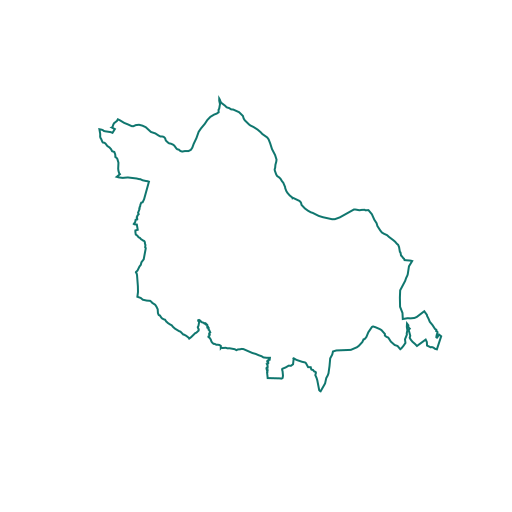 outline of Dragesti, Bihor, Romania, rotated 126°
{"feature_id": "2599482B88212015741869", "entity_name": "Dragesti", "entity_type": "district", "adm_level": 2, "iso_a3": "ROU", "parent_name": "Romania", "parent_adm1": "Bihor", "projection": "mercator", "projection_center": [22.124, 46.918], "detail": "fine", "context": "isolated", "style": "outline", "palette": "teal", "viewbox_px": 512, "rotation_deg": 126, "n_neighbors": 0, "source": "geoboundaries", "source_scale": "gbopen_adm2", "svg_char_len": 6111}
<svg xmlns="http://www.w3.org/2000/svg" viewBox="0 0 512 512"><g transform="rotate(126 256 256)"><path d="M226.6,448.1L228.5,447.9L232.0,448.9L233.5,448.7L235.4,448.1L236.3,447.9L236.8,448.2L236.3,444.8L240.7,444.5L241.2,446.4L243.8,451.4L244.3,452.7L244.2,453.8L244.5,455.0L245.5,457.2L248.8,453.8L251.2,452.1L252.1,450.8L252.3,450.1L253.9,447.5L254.2,446.6L253.5,445.2L253.5,443.9L254.4,440.9L254.3,438.3L254.8,436.0L255.8,434.0L255.1,431.8L256.5,429.7L258.1,428.2L258.5,428.1L258.7,425.8L259.0,425.2L261.4,422.1L266.4,418.8L267.9,417.4L269.4,415.5L269.8,414.2L273.8,415.2L273.1,413.3L271.2,409.8L267.8,405.9L263.5,398.2L262.4,395.5L261.9,394.9L261.4,392.3L260.1,389.3L259.2,387.6L258.8,386.3L275.9,379.9L279.2,379.3L280.3,380.2L282.4,379.7L284.2,378.8L284.7,378.9L286.2,378.3L286.3,377.9L290.4,376.8L291.1,375.5L293.1,375.7L293.5,375.4L294.7,375.3L295.0,374.7L295.7,374.3L295.9,373.7L296.2,373.6L297.4,374.7L299.5,373.7L301.9,373.7L301.9,373.1L300.6,370.9L304.3,367.1L306.2,368.6L307.5,367.7L309.3,365.9L309.3,363.9L309.8,362.3L309.8,361.5L309.6,360.6L310.0,358.8L309.8,356.8L309.9,356.3L309.6,355.5L309.7,354.9L310.2,354.0L311.3,353.1L312.1,351.9L314.1,350.8L314.2,350.2L314.6,349.7L324.7,344.9L328.4,345.0L330.9,344.0L333.0,344.1L337.5,343.3L339.5,343.7L339.9,343.5L340.2,342.4L341.4,341.0L350.0,333.7L354.5,330.3L358.7,328.0L357.7,324.6L357.9,321.9L356.3,318.2L354.5,315.3L354.6,313.5L354.9,312.5L354.7,308.9L355.5,306.8L356.9,304.2L359.8,301.8L360.8,300.3L360.9,299.8L360.6,298.8L361.5,296.4L361.7,295.2L361.4,293.2L361.0,292.1L361.8,290.1L361.8,289.1L362.0,288.2L361.9,285.4L361.6,283.4L362.1,281.7L362.4,278.9L362.0,273.9L361.6,272.7L362.3,268.6L361.9,268.0L361.6,265.5L361.7,262.5L362.1,261.5L359.9,260.8L354.0,259.8L353.2,259.2L350.1,258.6L348.9,259.3L348.8,259.8L347.8,261.3L346.3,261.5L342.8,263.2L342.3,264.3L342.4,264.7L341.9,265.0L341.2,264.5L341.1,263.4L341.2,262.5L341.5,262.3L341.4,260.6L341.0,259.8L340.8,258.6L341.0,258.1L340.9,257.7L340.2,257.6L340.1,257.1L340.2,256.5L340.8,256.1L340.3,255.2L340.4,254.9L341.2,254.4L341.3,253.8L341.8,253.9L342.6,253.2L342.5,252.6L341.9,252.4L342.0,252.0L343.3,251.2L343.5,251.0L343.4,250.4L344.7,248.1L345.9,248.4L346.7,248.1L346.7,247.3L347.8,246.8L349.0,247.2L349.4,247.0L349.6,244.9L350.2,243.5L351.5,241.6L351.9,240.1L352.0,238.7L351.4,237.8L351.1,235.9L350.2,234.7L349.5,233.3L349.4,231.7L351.3,230.3L350.4,230.2L350.2,229.1L348.1,226.6L347.4,224.7L346.2,223.2L343.9,218.4L343.7,216.5L342.2,215.7L340.9,214.1L339.7,213.1L338.7,211.5L336.6,201.9L335.4,198.7L334.7,195.5L333.8,192.6L333.7,190.4L332.0,187.4L330.2,184.9L331.3,184.3L331.3,184.9L331.6,185.0L332.4,184.5L332.8,184.9L333.1,184.8L333.4,184.3L333.9,184.3L334.3,185.1L334.6,185.0L334.8,183.8L335.2,183.3L335.7,183.6L335.9,183.1L336.2,183.1L337.0,183.7L337.7,182.4L338.6,181.6L339.7,180.9L340.0,181.2L339.8,181.6L340.3,181.7L341.1,181.2L341.6,180.4L341.5,179.5L342.5,179.5L342.8,178.8L343.2,178.5L343.7,178.6L347.9,174.8L340.8,164.5L340.4,163.5L339.5,162.9L339.0,162.8L337.0,163.8L333.8,166.6L332.6,168.1L331.8,168.4L328.7,166.5L325.5,165.1L324.3,163.2L321.8,162.4L317.2,165.0L316.9,165.5L316.6,165.4L316.3,162.3L314.5,156.5L313.3,153.8L313.3,152.7L315.3,148.5L313.8,146.4L315.2,144.7L315.3,144.3L314.7,142.9L315.2,141.1L314.8,139.8L314.9,139.3L315.4,138.8L317.5,138.0L319.2,135.1L320.6,133.3L327.4,126.0L327.6,124.8L327.5,124.2L318.5,125.2L313.5,127.4L310.4,127.8L308.3,128.4L301.9,131.8L295.2,135.8L290.9,136.4L288.0,137.6L285.2,135.5L276.2,124.1L270.5,120.7L268.2,120.0L263.1,119.4L260.2,120.0L259.8,119.5L258.9,119.2L256.6,119.1L251.7,120.3L245.3,120.5L244.2,119.9L243.4,117.5L242.4,113.0L242.2,111.0L243.3,105.9L244.6,105.0L244.7,102.9L244.3,101.2L244.5,100.4L246.0,96.6L246.5,91.5L245.6,88.6L246.6,84.5L245.2,84.1L242.3,83.9L238.5,84.0L235.8,86.5L231.0,87.7L230.0,88.6L227.1,89.9L224.7,92.3L221.9,94.1L222.5,92.0L223.8,91.2L224.1,90.6L224.4,88.9L226.0,89.1L229.9,84.3L231.8,83.6L232.7,81.7L233.4,79.0L233.7,75.5L234.2,72.9L223.9,69.6L225.2,67.2L227.9,65.0L227.2,61.0L226.4,60.3L226.0,59.4L225.8,58.1L225.9,56.8L225.2,54.8L212.1,59.0L212.0,61.7L215.6,61.5L215.8,61.9L215.7,62.4L213.9,63.3L211.2,64.2L210.7,64.7L210.6,65.3L210.8,66.1L209.7,66.8L209.8,68.3L208.1,72.7L207.1,76.7L205.3,79.6L203.9,82.4L203.2,83.1L201.8,87.4L210.8,90.1L213.0,91.4L215.6,94.3L217.2,96.8L220.7,100.2L216.0,104.0L212.4,109.6L205.0,115.2L199.0,119.2L188.5,120.7L185.6,121.6L182.8,122.1L181.6,122.5L174.4,126.2L168.3,126.7L168.8,128.1L172.0,133.4L171.2,134.6L171.2,135.5L170.4,138.1L170.4,138.9L168.2,141.2L168.1,142.0L164.7,145.5L163.4,147.6L163.3,149.3L162.7,151.7L162.5,154.0L162.4,159.7L162.1,162.2L162.8,165.6L163.0,168.0L162.3,170.5L160.4,175.4L158.6,177.7L157.1,181.6L154.1,186.8L152.8,192.0L154.7,194.3L154.8,195.3L156.5,197.5L158.2,199.2L159.9,202.8L160.8,204.1L175.5,210.9L179.8,213.8L181.5,216.0L185.3,224.7L186.7,228.8L187.8,235.5L188.4,237.2L188.8,240.5L188.8,244.4L187.9,249.2L186.6,250.7L186.2,251.5L185.9,253.2L187.1,259.7L187.3,260.4L187.7,260.5L187.4,260.9L187.2,264.4L186.4,267.8L185.6,269.7L183.9,272.3L183.1,273.0L180.7,277.0L180.2,279.0L179.1,281.6L178.8,283.6L178.9,285.8L178.2,287.5L175.9,290.9L175.0,291.8L173.3,292.4L170.8,293.9L167.9,295.0L166.0,296.0L163.1,299.9L160.1,305.9L156.5,310.8L154.2,314.4L153.5,316.6L153.6,322.6L153.1,325.1L152.8,329.1L153.1,333.9L153.7,337.2L153.7,338.8L152.8,344.9L152.0,346.8L150.4,348.9L149.6,354.2L150.9,360.5L152.0,362.3L152.1,364.6L152.9,366.9L152.9,367.6L152.6,369.4L152.5,374.0L152.0,375.4L150.7,377.3L150.3,378.2L152.0,377.0L154.3,374.4L158.4,372.4L159.8,372.2L161.7,370.7L163.9,371.5L166.2,373.0L170.2,374.7L174.6,375.3L179.2,375.1L185.0,375.5L189.2,375.4L195.6,373.5L202.0,372.3L205.8,371.2L208.4,371.1L210.8,372.3L212.9,375.2L214.9,377.1L215.5,378.9L215.3,381.0L215.9,382.3L215.9,383.3L214.7,387.1L214.7,388.8L215.2,391.0L215.9,392.4L216.0,393.2L215.7,396.2L215.3,397.3L214.3,398.5L214.0,399.4L213.9,400.7L214.3,401.9L215.5,403.6L215.8,405.6L216.0,409.5L217.4,413.9L216.6,420.9L217.3,424.5L218.6,427.8L220.8,430.2L223.1,431.5L224.0,432.9L224.8,436.9L225.8,440.9L226.2,445.8L226.6,448.1Z" fill="none" stroke="#0f766e" stroke-width="2"/></g></svg>